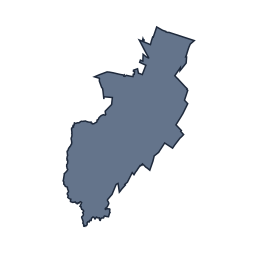 Mineral de la Reforma, Hidalgo, Mexico, rotated 190°
{"feature_id": "50627088B38454753665522", "entity_name": "Mineral de la Reforma", "entity_type": "district", "adm_level": 2, "iso_a3": "MEX", "parent_name": "Mexico", "parent_adm1": "Hidalgo", "projection": "equal_earth", "projection_center": [-98.711, 20.061], "detail": "fine", "context": "isolated", "style": "filled", "palette": "slate", "viewbox_px": 256, "rotation_deg": 190, "n_neighbors": 0, "source": "geoboundaries", "source_scale": "gbopen_adm2", "svg_char_len": 5630}
<svg xmlns="http://www.w3.org/2000/svg" viewBox="0 0 256 256"><g transform="rotate(190 128 128)"><path d="M182.7,64.6L182.1,64.1L181.9,63.8L181.7,62.9L181.6,62.6L181.6,61.9L181.5,61.5L181.2,61.3L180.3,60.7L180.0,60.2L179.9,59.9L179.6,59.7L179.1,59.5L178.8,59.5L177.4,59.2L177.2,58.2L176.8,57.3L175.8,55.7L175.6,55.2L175.6,54.7L176.4,53.2L176.4,52.7L176.2,52.1L175.7,51.6L175.3,51.3L175.1,50.9L175.3,49.5L175.3,49.2L173.7,48.3L172.8,48.0L171.9,47.9L172.0,47.2L172.0,46.9L172.0,45.8L171.9,45.6L171.6,45.5L169.5,45.1L168.7,45.4L168.2,45.5L167.4,45.9L167.0,46.0L166.8,45.8L166.7,45.4L166.5,45.2L165.8,45.2L165.6,45.2L165.2,44.7L164.9,44.5L164.6,44.6L164.3,44.8L164.1,45.6L164.0,45.8L163.8,45.8L163.4,45.6L163.2,45.6L163.0,46.1L162.8,46.3L162.3,47.1L162.0,47.2L161.5,47.0L161.1,46.7L160.7,46.5L161.7,42.6L160.7,42.5L160.6,41.9L160.5,41.4L159.9,40.8L159.5,39.9L158.6,39.7L158.0,39.3L157.4,38.8L157.2,38.4L157.3,38.0L157.4,37.7L157.8,37.3L158.0,36.8L157.7,36.4L157.2,36.0L156.9,35.1L156.9,34.5L157.1,33.8L158.1,32.5L158.1,31.9L157.6,31.0L157.2,30.4L156.1,28.4L155.9,27.9L155.9,27.4L155.9,26.8L156.0,26.6L155.9,26.3L155.1,25.6L154.2,24.2L154.5,24.3L154.7,24.1L154.6,23.7L154.3,23.5L154.1,23.5L153.9,23.6L153.4,24.1L153.1,24.3L152.8,24.3L152.6,24.1L152.6,23.9L152.4,24.3L152.0,24.8L151.7,25.2L151.5,25.9L151.5,26.3L151.8,27.4L151.8,27.8L151.6,28.2L151.3,28.6L151.0,28.8L150.7,28.8L150.3,28.6L150.1,28.6L149.9,28.7L149.9,28.9L149.9,30.1L149.8,30.3L149.5,30.3L148.6,30.3L148.3,30.4L148.2,30.6L148.2,30.9L148.3,31.6L148.3,32.5L148.1,33.0L147.4,33.7L147.3,34.0L147.1,34.3L146.3,34.3L145.4,33.5L144.9,32.7L144.6,32.7L144.5,32.8L144.2,33.4L144.0,34.3L143.7,34.8L143.4,34.8L142.8,34.5L142.5,34.3L141.9,34.3L141.5,34.3L140.8,34.6L140.6,34.6L140.4,34.5L140.3,34.3L140.4,33.6L140.4,33.4L140.2,33.0L140.1,32.7L139.8,32.3L139.4,32.1L139.2,32.2L139.2,32.4L139.1,33.3L139.0,33.9L138.8,34.2L138.4,34.7L138.1,34.9L137.3,35.0L136.7,35.1L136.4,35.3L136.3,35.5L136.3,36.2L136.2,36.8L136.0,37.1L135.8,37.2L135.3,37.2L133.7,37.1L131.8,37.2L131.4,40.8L131.0,41.7L131.4,42.0L131.5,42.4L131.6,43.2L131.7,43.3L131.7,44.4L131.8,44.9L132.1,45.1L133.8,44.9L134.3,45.0L135.0,44.8L135.3,44.6L135.6,44.1L135.8,43.9L136.2,44.0L136.3,44.1L136.4,44.5L136.3,44.9L136.1,45.1L135.7,45.7L135.1,46.3L134.8,46.7L133.9,49.6L133.8,50.0L133.8,50.3L133.9,50.6L134.3,51.4L134.5,51.7L135.3,52.6L135.6,52.9L135.7,53.3L135.7,53.6L135.7,53.9L132.9,58.7L132.2,59.8L130.0,69.9L129.8,70.3L129.6,70.6L129.4,70.8L128.2,71.7L127.0,68.2L125.4,63.3L124.4,65.0L123.9,66.2L120.7,71.4L121.4,71.9L119.2,74.5L116.1,84.8L114.0,83.0L113.0,85.7L111.8,88.0L111.0,90.1L110.9,90.1L109.6,93.1L109.0,92.9L108.2,94.3L107.7,94.0L107.4,95.1L104.9,93.5L104.5,93.1L103.6,92.5L102.2,91.9L99.2,90.2L97.7,99.7L97.4,104.1L97.4,105.0L93.6,109.3L93.1,110.6L89.3,119.6L82.9,116.9L80.6,115.9L79.0,119.5L77.0,123.3L75.1,127.0L73.5,129.1L72.1,131.2L75.5,133.8L75.0,134.8L81.3,139.4L81.3,139.5L79.8,143.3L78.2,147.2L76.5,151.6L73.4,162.3L77.2,165.2L75.7,175.5L76.8,176.2L76.5,176.8L76.8,177.1L79.0,178.6L86.0,183.9L87.2,184.9L88.9,186.0L91.0,187.6L87.0,196.4L86.7,193.5L85.4,195.8L82.0,202.1L82.6,208.1L83.6,208.0L83.2,209.5L82.6,214.5L82.1,217.9L81.3,221.4L77.9,225.6L104.3,229.3L105.4,229.0L107.3,229.2L107.5,229.7L110.8,230.2L113.7,231.2L117.3,232.5L118.1,227.0L118.9,221.8L119.5,221.9L120.0,218.4L120.4,214.0L127.5,215.6L127.4,217.5L128.7,218.3L128.8,218.5L129.0,215.9L132.2,216.6L131.8,216.1L130.4,214.3L125.7,208.1L119.9,200.9L119.9,200.6L120.8,200.7L122.2,201.1L125.9,203.2L125.0,196.4L127.6,197.0L127.9,194.7L121.3,192.9L123.2,183.1L126.9,183.8L127.2,183.7L128.9,188.0L132.6,185.9L132.5,184.8L131.3,184.6L131.2,181.9L132.1,181.8L132.0,179.5L134.7,179.4L138.8,179.6L139.4,178.9L140.0,178.3L140.4,178.5L141.1,178.4L141.1,179.3L141.4,179.0L141.2,179.4L145.3,179.4L152.4,179.8L156.1,179.8L158.4,179.6L165.4,175.5L169.9,172.6L164.8,172.0L164.7,171.8L164.4,169.3L162.0,165.1L161.1,163.5L159.9,162.5L159.9,162.4L159.1,160.2L156.8,152.3L157.0,154.6L148.7,155.3L148.2,148.3L153.4,140.6L152.7,138.2L152.4,137.9L152.3,137.5L152.6,136.8L152.7,136.7L153.4,136.7L154.0,136.8L154.4,136.9L155.5,136.3L156.7,135.4L157.5,134.3L158.1,133.5L158.5,132.7L158.7,131.4L159.0,130.9L159.7,130.7L159.8,130.2L159.8,129.6L159.7,129.4L159.8,128.6L160.0,128.2L161.1,127.5L162.3,126.3L163.5,126.0L163.8,125.9L164.1,126.0L164.4,126.6L164.5,126.6L165.3,126.7L165.3,126.8L165.5,127.4L165.8,127.2L166.5,127.1L167.0,127.0L168.5,127.0L168.9,127.1L170.1,127.2L170.9,127.5L171.5,127.4L171.8,127.3L172.1,127.2L172.5,127.1L172.6,126.9L173.1,126.9L173.5,126.7L173.8,126.6L174.9,126.6L175.9,126.0L176.3,125.6L176.5,125.1L177.3,124.6L178.4,124.4L178.9,124.3L179.9,123.6L180.4,123.4L181.1,123.5L181.5,123.8L181.7,123.7L181.6,122.1L181.6,121.6L181.8,121.3L182.4,121.2L182.7,120.1L182.5,119.8L182.1,119.7L181.9,119.8L181.8,119.6L182.2,119.2L182.4,119.1L182.6,118.8L183.0,118.5L183.2,118.3L183.5,118.1L183.4,117.0L182.8,115.1L182.4,113.6L182.5,113.0L182.2,112.5L182.1,112.0L181.9,110.7L181.9,110.1L181.9,109.7L182.0,109.1L182.2,108.3L182.1,107.3L181.6,106.3L180.9,104.1L180.8,102.2L181.3,101.4L181.5,100.4L181.7,100.0L182.2,99.4L182.2,98.7L182.8,98.1L183.0,97.4L183.2,96.0L183.3,95.3L183.5,95.0L183.8,94.8L183.9,94.2L183.2,92.1L183.1,91.5L182.8,91.1L182.7,90.7L182.7,90.3L182.8,89.9L182.9,89.1L182.9,87.4L182.8,86.8L182.7,86.6L182.3,86.7L182.2,86.6L182.3,85.5L181.7,85.3L181.6,85.2L181.5,83.7L181.4,82.9L181.4,82.3L181.8,81.6L182.0,81.3L181.7,79.4L181.4,79.1L181.4,78.8L181.2,78.4L181.1,78.1L181.0,77.7L180.3,77.0L180.1,76.6L180.8,74.9L181.7,73.5L182.4,72.5L182.9,71.8L182.7,71.5L182.6,64.8L182.7,64.6Z" fill="#64748b" stroke="#1e293b" stroke-width="1.5"/></g></svg>